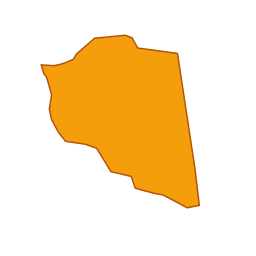 the district of Zavxanmandal, Dzavhan, Mongolia, rotated 72°
{"feature_id": "93677404B82656754241249", "entity_name": "Zavxanmandal", "entity_type": "district", "adm_level": 2, "iso_a3": "MNG", "parent_name": "Mongolia", "parent_adm1": "Dzavhan", "projection": "orthographic", "projection_center": [94.963, 48.138], "detail": "fine", "context": "isolated", "style": "filled", "palette": "amber", "viewbox_px": 256, "rotation_deg": 72, "n_neighbors": 0, "source": "geoboundaries", "source_scale": "gbopen_adm2", "svg_char_len": 877}
<svg xmlns="http://www.w3.org/2000/svg" viewBox="0 0 256 256"><g transform="rotate(72 128 128)"><path d="M186.9,76.8L72.4,57.9L71.6,59.4L71.3,60.0L71.2,60.2L71.2,60.3L70.9,60.8L70.9,61.0L68.4,66.1L54.9,94.1L43.4,96.3L41.0,99.4L40.9,99.5L38.9,102.1L36.2,114.4L34.8,120.7L34.8,120.9L32.3,132.0L41.7,154.1L45.8,158.7L46.6,168.2L46.4,174.7L45.8,179.2L41.2,191.0L50.4,191.2L54.5,189.7L72.8,190.4L85.7,197.0L96.3,198.1L99.0,197.6L103.4,196.8L111.0,195.4L121.4,191.5L122.8,188.6L125.5,183.2L128.7,176.7L130.2,173.7L133.2,169.7L137.6,164.1L137.9,164.0L164.3,157.7L175.0,139.9L176.9,139.9L187.5,139.7L190.6,135.0L194.1,129.8L194.1,129.6L197.3,124.9L198.2,123.5L202.3,115.7L207.4,110.6L207.5,110.5L213.2,105.0L213.3,104.9L216.4,101.9L216.6,101.7L222.1,96.5L222.1,96.4L222.4,94.7L222.7,92.1L223.1,88.3L223.7,84.1L186.9,76.8Z" fill="#f59e0b" stroke="#b45309" stroke-width="1.5"/></g></svg>